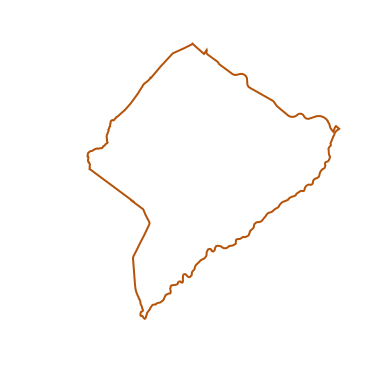 outline of Capital, Tucumán, Argentina, rotated 25°
{"feature_id": "61730980B8317426780894", "entity_name": "Capital", "entity_type": "district", "adm_level": 2, "iso_a3": "ARG", "parent_name": "Argentina", "parent_adm1": "Tucumán", "projection": "orthographic", "projection_center": [-65.196, -26.847], "detail": "fine", "context": "isolated", "style": "outline", "palette": "amber", "viewbox_px": 384, "rotation_deg": 25, "n_neighbors": 0, "source": "geoboundaries", "source_scale": "gbopen_adm2", "svg_char_len": 5948}
<svg xmlns="http://www.w3.org/2000/svg" viewBox="0 0 384 384"><g transform="rotate(25 192 192)"><path d="M298.7,72.5L294.6,71.4L294.5,71.5L294.3,73.2L294.5,76.6L294.4,77.6L293.8,77.3L292.9,77.0L292.3,76.5L290.9,75.9L289.5,74.5L287.4,72.0L286.3,71.5L284.8,70.1L284.2,70.0L283.4,69.4L280.7,68.7L278.8,68.6L276.7,68.9L275.0,69.5L273.1,70.5L266.9,76.3L265.8,76.8L264.4,77.1L263.6,77.0L262.4,76.6L260.2,75.2L258.9,74.9L257.6,75.0L256.5,75.6L255.9,76.0L255.5,76.5L254.2,78.9L253.6,79.7L252.7,80.6L250.8,81.7L249.2,82.1L247.5,82.2L233.1,78.4L231.9,77.9L228.4,75.8L227.0,75.2L200.5,73.1L198.8,72.8L198.1,72.4L196.9,71.3L196.4,70.6L194.1,66.3L193.7,65.6L192.2,64.4L190.9,63.8L189.3,63.6L188.4,63.6L187.4,63.8L185.7,64.7L183.4,66.6L182.3,67.3L181.5,67.7L180.5,68.0L179.0,68.0L163.2,64.8L161.9,64.3L161.2,63.7L160.2,63.2L148.6,60.9L147.5,60.6L146.2,59.7L145.8,59.3L145.7,58.8L145.8,57.8L145.3,57.1L144.5,61.8L129.7,57.4L129.7,57.7L129.3,58.5L124.6,64.4L116.9,73.4L116.0,74.5L115.7,75.3L112.3,86.0L110.6,91.1L106.7,105.6L106.2,105.6L105.9,105.8L106.0,106.3L106.2,106.6L105.4,109.1L104.6,110.8L102.9,114.2L102.4,115.8L102.5,116.7L101.9,120.8L101.3,126.0L98.9,138.0L96.6,145.8L92.5,155.4L91.9,155.8L91.6,157.4L91.2,158.1L91.2,158.9L90.9,159.7L90.6,160.2L90.3,160.4L90.2,160.5L89.7,160.4L89.4,160.5L88.6,161.6L88.5,162.5L88.9,163.5L89.2,164.2L89.1,164.6L89.1,165.0L89.7,166.2L89.8,166.8L90.0,167.1L89.9,167.7L89.7,167.9L89.6,168.1L90.0,169.2L89.9,169.8L90.0,170.4L89.8,170.9L90.3,171.3L90.5,171.6L90.6,172.4L90.5,173.2L90.8,174.5L90.7,175.5L91.0,177.5L91.2,177.9L91.6,178.3L92.1,179.4L92.8,180.5L93.6,182.0L94.6,182.8L94.6,183.5L93.8,184.4L93.3,185.9L93.2,186.9L92.6,187.5L92.3,188.0L92.2,188.5L92.2,189.5L91.4,190.7L90.3,191.0L88.8,192.4L88.3,192.6L87.7,192.6L87.3,192.8L86.8,193.4L86.2,193.8L85.9,194.4L85.5,194.7L85.4,195.1L85.0,195.5L84.1,197.0L83.2,197.5L82.4,198.3L81.9,199.4L81.5,200.0L81.4,201.2L82.0,202.9L82.0,203.5L82.3,204.0L83.0,203.9L83.7,204.7L83.7,205.3L84.3,206.8L84.2,207.1L85.1,208.4L85.3,208.5L85.6,208.4L86.0,208.9L86.3,209.1L86.6,209.0L87.0,209.5L87.9,210.2L88.4,212.1L88.8,212.5L88.9,213.1L89.2,213.4L89.4,214.5L92.0,214.9L142.0,225.2L141.6,225.5L155.1,228.3L159.7,232.5L165.9,237.2L166.8,238.4L167.0,239.9L166.9,251.6L166.5,260.9L166.4,268.1L166.1,275.1L166.5,276.9L179.8,300.6L180.5,301.6L180.9,302.4L182.0,304.0L183.0,305.3L183.5,305.7L183.7,306.1L184.5,307.0L185.3,307.6L187.0,309.2L188.1,309.9L188.6,310.8L188.9,311.1L189.7,311.4L190.3,312.0L191.1,312.7L191.9,313.7L192.1,314.3L192.3,314.6L193.3,315.7L194.8,316.8L195.8,318.2L196.5,318.8L197.6,319.9L197.5,321.0L197.3,321.4L196.8,321.8L196.5,322.3L196.5,322.7L196.6,323.6L197.3,325.4L197.5,325.7L198.5,325.9L199.2,325.4L199.7,325.4L201.2,326.5L202.2,326.8L202.7,326.9L203.1,326.4L203.2,325.5L202.8,323.6L202.9,322.3L202.4,321.1L202.4,320.5L203.4,315.7L203.2,314.9L203.4,314.0L203.8,311.4L204.5,310.5L206.3,309.5L206.8,308.9L206.7,308.6L206.9,308.3L207.4,307.6L208.1,306.9L209.8,305.6L210.7,304.2L211.6,302.3L211.8,301.2L211.8,300.6L211.6,299.9L211.8,297.6L211.8,297.2L211.6,296.9L211.8,296.3L212.0,295.9L212.7,295.3L213.4,294.3L214.8,293.2L215.1,293.1L215.1,292.9L215.1,292.0L214.6,290.9L213.0,288.7L212.9,287.4L212.6,286.7L212.5,286.2L212.7,285.7L213.2,285.3L213.3,284.9L216.0,283.4L217.7,281.8L217.8,280.9L217.5,280.0L218.0,279.0L218.5,278.3L219.3,278.0L220.2,278.4L220.3,278.3L220.7,278.4L221.0,278.4L221.4,278.3L221.7,277.5L221.4,276.4L219.9,273.5L219.9,273.1L219.6,272.7L219.3,271.9L219.2,271.0L219.4,270.1L219.7,269.8L220.1,269.5L221.1,269.3L221.8,269.5L222.8,270.1L224.8,270.5L225.6,270.2L226.1,269.9L226.2,269.7L226.5,268.7L226.8,267.2L225.9,265.0L226.1,263.4L226.8,261.3L226.7,259.8L226.3,258.7L226.5,256.2L226.9,255.4L227.1,254.6L227.9,253.0L228.1,252.2L228.4,251.4L228.5,250.9L228.8,250.1L229.5,249.3L229.8,248.6L230.4,248.1L231.2,247.1L231.5,246.2L231.9,244.3L231.8,242.8L231.1,241.4L230.7,240.3L230.8,238.5L230.7,237.9L230.8,237.3L231.3,236.7L231.8,236.3L232.9,235.9L233.6,236.0L234.0,236.4L234.3,236.4L234.7,237.1L235.9,237.1L236.6,236.7L237.0,236.0L237.1,235.1L236.6,233.4L236.6,232.0L236.7,231.1L237.0,230.6L237.7,230.0L240.1,229.2L241.6,229.1L242.6,229.4L244.5,229.5L245.2,229.3L245.7,228.9L246.5,228.6L247.1,228.1L247.6,227.3L248.2,226.2L248.4,225.4L249.0,224.9L250.1,224.3L250.4,224.0L251.3,223.5L251.7,223.0L252.2,222.5L252.3,222.1L253.4,220.7L253.5,220.2L253.3,219.7L252.9,218.9L252.3,217.4L252.2,216.6L252.7,215.8L253.4,215.3L254.4,214.8L255.5,214.0L256.6,212.3L256.8,211.6L257.0,211.4L257.9,210.9L258.8,210.7L259.5,210.2L260.2,209.3L261.1,208.4L261.6,207.2L261.6,206.6L261.4,205.5L261.5,204.3L261.1,203.1L262.5,199.5L262.9,198.3L262.6,196.9L262.2,195.7L262.2,194.5L262.8,193.1L263.3,192.3L264.6,191.2L265.4,191.1L266.5,190.2L267.3,188.8L268.0,186.8L268.3,184.9L268.7,184.0L269.4,180.1L269.7,179.3L270.5,178.2L271.5,177.5L272.5,176.5L273.2,175.4L274.0,173.3L274.9,171.7L275.8,170.7L276.2,170.0L276.9,168.4L276.9,168.1L276.7,167.6L277.0,166.4L277.1,165.6L277.7,164.0L278.4,162.7L281.3,159.7L282.5,158.2L282.6,157.7L282.4,157.1L283.7,155.0L284.7,153.9L286.1,152.8L286.9,151.8L287.4,151.0L287.3,150.1L287.7,149.0L290.0,145.2L290.5,144.8L291.5,144.5L292.5,144.1L293.0,143.5L293.0,142.3L292.8,141.8L292.6,140.3L292.6,139.7L293.0,138.2L293.7,136.9L294.2,136.3L295.0,135.8L296.6,135.3L297.2,134.8L297.6,134.0L297.8,133.3L297.3,131.3L297.1,130.8L297.1,130.2L297.3,129.4L297.8,128.1L298.3,127.8L298.9,126.9L299.6,126.3L300.4,124.9L300.5,123.9L300.4,123.1L300.0,121.8L299.8,119.8L299.9,118.5L300.6,116.1L301.1,115.7L302.0,114.3L301.8,111.8L300.7,110.4L300.3,109.2L300.4,108.7L300.8,108.1L301.9,107.2L302.4,106.3L302.5,105.4L302.6,103.7L302.3,102.1L302.0,101.5L301.2,101.0L300.2,99.9L299.1,98.1L298.4,96.7L297.8,95.8L297.3,94.8L297.4,93.8L297.5,92.9L297.8,92.1L298.1,91.6L298.1,91.1L298.0,90.7L297.0,89.5L296.6,82.1L296.8,80.3L296.6,79.6L296.5,78.4L296.6,77.0L297.2,75.2L297.9,74.1L298.2,73.2L298.5,73.0L298.7,72.5Z" fill="none" stroke="#b45309" stroke-width="2"/></g></svg>